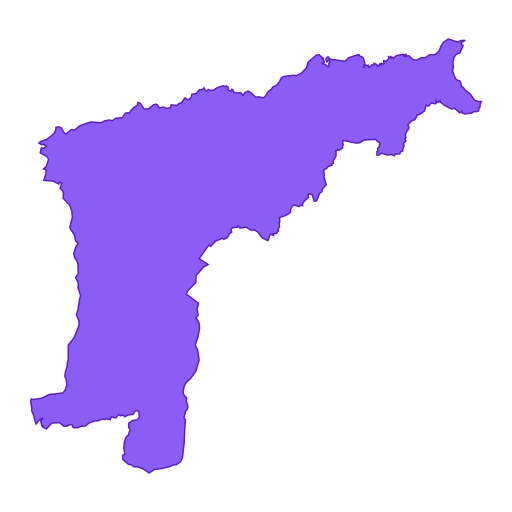 the district of PUI, Hunedoara, Romania
{"feature_id": "2599482B55775977507449", "entity_name": "PUI", "entity_type": "district", "adm_level": 2, "iso_a3": "ROU", "parent_name": "Romania", "parent_adm1": "Hunedoara", "projection": "mercator", "projection_center": [23.151, 45.49], "detail": "fine", "context": "isolated", "style": "filled", "palette": "violet", "viewbox_px": 512, "rotation_deg": 0, "n_neighbors": 0, "source": "geoboundaries", "source_scale": "gbopen_adm2", "svg_char_len": 5866}
<svg xmlns="http://www.w3.org/2000/svg" viewBox="0 0 512 512"><path d="M55.9,127.3L55.9,129.4L54.7,132.4L52.4,135.1L46.7,139.5L40.8,141.3L38.9,143.1L41.7,144.8L43.3,144.2L46.3,146.2L44.0,148.2L41.4,147.9L40.2,152.8L46.9,156.6L48.6,159.4L46.3,166.4L43.5,168.9L45.8,169.5L46.1,170.5L46.0,173.6L43.8,180.4L53.2,181.1L58.8,184.1L59.3,182.2L61.8,183.2L60.0,188.3L62.6,190.7L63.4,193.1L63.2,198.3L69.7,205.2L71.9,211.3L72.3,217.5L69.9,226.6L70.0,228.2L73.8,234.0L75.1,237.3L75.0,239.1L75.7,240.9L78.2,243.2L75.9,246.7L73.7,253.6L74.8,258.1L76.6,260.2L78.0,264.2L78.2,273.9L75.6,277.5L77.9,282.4L78.4,284.2L78.0,287.4L80.6,295.7L79.3,300.5L78.0,309.9L76.4,314.7L78.9,320.8L79.1,324.0L78.2,327.6L74.1,337.7L68.3,345.0L68.2,359.9L67.4,362.0L67.2,366.2L65.3,372.1L64.9,376.6L66.2,379.4L66.9,384.9L65.1,390.2L62.7,393.0L49.3,394.5L41.7,398.2L33.4,399.5L31.3,398.9L30.7,401.6L31.9,408.3L31.6,410.4L33.3,414.3L35.9,424.0L39.5,419.9L42.9,417.9L40.7,421.1L41.8,425.3L42.7,425.6L42.1,426.2L42.8,427.1L46.4,428.9L51.9,423.1L58.0,422.7L59.7,422.8L64.0,426.4L67.0,426.1L70.1,424.4L72.5,425.2L72.9,427.3L73.6,427.7L77.9,427.7L81.0,426.3L85.4,425.9L89.3,422.9L94.9,420.9L97.4,421.0L102.2,419.0L105.6,419.5L106.6,418.7L110.1,419.7L111.3,416.8L115.8,418.0L118.6,414.5L120.7,415.8L123.3,415.1L124.6,416.8L128.1,415.0L133.1,414.3L134.6,411.9L136.2,410.6L138.1,411.0L139.2,412.6L139.0,414.6L139.5,416.6L137.5,419.8L132.6,420.5L128.8,423.2L128.6,427.2L130.3,430.2L129.1,432.1L128.8,434.7L126.4,436.5L124.6,441.2L123.8,447.7L124.8,453.9L122.6,455.4L122.7,458.2L123.0,459.6L128.3,464.2L131.3,464.9L134.7,467.1L137.0,466.7L143.2,468.8L149.1,473.0L154.3,469.5L161.3,468.6L169.2,466.7L174.1,464.7L176.3,464.8L180.5,461.6L182.4,457.9L184.2,442.5L184.8,426.6L185.6,419.8L183.9,417.9L185.8,410.9L187.4,409.0L187.9,406.4L186.2,400.7L186.7,398.1L183.9,395.0L183.1,391.9L184.1,386.6L186.3,382.3L190.1,379.1L195.7,371.4L199.1,360.1L197.7,350.3L195.2,344.9L197.9,337.3L199.6,328.2L199.1,323.4L197.4,319.7L195.8,317.8L198.2,315.3L197.0,308.8L198.4,304.4L198.3,303.1L186.1,294.0L188.4,290.1L195.8,282.4L196.1,275.5L203.5,267.1L208.1,264.5L199.1,258.6L208.8,245.1L210.7,246.4L215.6,241.1L222.6,238.2L223.8,239.3L227.5,237.5L229.2,234.1L231.8,232.0L230.9,229.9L231.4,228.7L232.9,227.7L237.2,227.2L237.9,225.7L239.9,228.1L246.3,227.2L250.7,230.0L254.7,230.1L258.1,232.2L261.8,237.5L267.6,240.6L268.2,240.2L270.3,234.2L273.5,235.3L272.9,233.8L276.3,233.6L278.5,230.9L278.2,229.1L279.5,226.6L279.1,223.0L279.8,221.7L279.5,217.5L285.1,215.7L289.7,213.0L290.5,212.1L290.4,210.0L291.4,207.7L293.0,205.3L295.4,205.3L298.8,206.6L300.4,205.5L302.5,205.6L302.0,204.9L304.3,201.1L308.5,197.3L308.2,195.7L308.8,193.6L312.2,194.8L314.2,201.0L315.5,201.3L316.7,200.5L319.6,193.4L321.7,191.8L322.6,188.5L326.2,184.9L324.0,177.0L324.4,174.1L323.5,171.0L324.9,168.7L326.2,168.9L328.0,166.5L331.9,165.3L331.6,164.1L333.4,163.2L333.4,160.6L336.0,156.0L336.1,152.2L335.4,150.9L337.6,150.2L337.7,149.4L339.3,150.2L342.6,148.0L342.5,146.0L343.3,144.4L342.5,142.7L343.4,140.4L356.6,143.2L359.8,142.7L364.0,140.1L375.7,139.3L377.9,141.8L379.3,142.3L379.7,143.4L379.2,146.7L377.6,148.4L378.0,150.5L376.9,151.7L377.0,155.2L378.8,155.1L381.5,153.2L387.0,155.0L391.8,154.5L394.3,155.8L395.4,154.0L399.8,153.9L400.5,151.8L402.7,151.1L402.9,148.7L404.2,145.6L403.3,143.6L405.9,140.9L404.7,139.2L405.8,137.8L405.5,133.6L409.0,128.1L408.0,124.6L411.7,120.8L415.1,119.6L415.0,118.2L416.5,117.2L416.6,115.2L419.5,114.5L424.4,111.1L426.1,105.5L428.8,106.0L431.2,103.0L435.4,103.8L436.4,102.7L436.1,101.0L438.2,102.4L440.1,100.6L440.3,102.1L444.7,105.5L451.5,108.9L454.8,108.4L459.6,112.7L460.5,112.7L461.5,111.3L462.6,113.1L464.7,114.0L471.7,113.0L474.6,111.3L476.4,111.8L478.2,111.1L478.8,110.3L478.8,108.5L479.9,107.5L480.1,104.5L481.3,101.6L477.5,101.3L474.1,99.8L470.4,94.1L464.8,89.7L463.4,87.5L461.5,86.5L460.8,82.9L459.6,80.8L456.9,80.0L455.1,78.0L452.6,71.1L453.3,66.9L452.9,62.4L454.1,57.1L456.4,54.2L459.8,53.0L463.1,45.6L461.3,44.3L461.6,42.2L465.4,40.4L461.6,40.4L457.5,42.0L448.2,39.0L443.4,42.3L440.7,46.7L439.1,51.0L435.4,54.5L429.7,54.8L425.0,57.8L421.7,57.6L416.1,60.3L412.9,59.4L408.7,55.7L407.0,56.2L405.9,54.2L405.1,54.9L405.7,56.4L403.8,56.0L404.3,54.8L403.2,54.3L396.5,55.6L393.2,58.4L392.7,57.3L391.1,57.8L390.8,55.9L390.3,57.5L388.5,56.8L388.8,57.9L388.3,59.2L385.9,61.3L383.7,60.7L384.0,63.5L383.1,64.0L381.6,63.5L381.3,64.8L380.1,63.5L379.0,65.7L377.8,65.3L377.2,65.9L376.0,64.1L373.9,63.3L373.7,64.8L371.6,65.0L371.4,65.8L368.9,67.2L368.2,65.3L366.6,65.9L366.1,65.1L365.0,65.1L363.6,67.7L364.7,64.1L364.7,62.0L362.9,57.4L359.8,56.0L358.9,54.5L348.4,57.8L345.8,60.6L344.5,61.2L331.3,59.3L329.3,58.7L328.5,57.0L327.1,57.1L326.5,57.6L326.0,59.9L327.0,62.0L328.8,60.1L330.1,61.4L328.7,63.8L329.2,65.7L328.1,66.9L325.5,64.6L322.7,63.6L324.3,62.1L323.6,59.9L322.4,59.0L323.4,58.4L318.9,54.7L316.2,55.2L308.1,62.2L306.5,67.9L301.3,73.2L296.3,75.7L293.1,75.3L283.2,76.6L281.0,78.4L279.5,81.7L276.7,85.1L272.7,87.2L271.4,89.2L268.6,91.2L264.7,97.1L263.3,97.8L258.9,96.8L255.6,97.2L250.3,92.1L247.9,91.2L244.6,92.9L243.1,95.4L240.6,92.6L237.1,93.0L234.2,92.3L233.3,91.6L232.8,89.6L231.7,89.4L231.0,91.1L228.0,90.0L228.2,87.1L226.5,86.0L225.4,86.7L223.1,85.7L216.7,88.0L213.7,90.1L210.7,90.4L208.3,89.5L206.3,91.1L205.1,90.4L203.9,87.8L203.2,89.0L201.3,89.8L199.6,89.6L196.4,93.3L191.7,94.4L191.2,97.6L189.2,99.3L187.6,99.8L185.1,97.8L181.2,102.9L178.6,103.7L176.9,105.4L171.2,104.9L170.2,107.9L166.4,108.4L163.9,107.1L159.2,107.9L157.5,104.8L156.0,104.2L153.7,104.7L148.5,108.8L144.8,109.1L143.9,108.7L140.5,103.5L137.9,102.4L137.2,105.6L134.1,107.3L130.5,110.9L129.6,112.9L125.6,113.0L122.2,117.7L115.8,118.2L112.3,120.8L109.5,120.0L104.8,120.8L100.8,122.8L91.5,121.9L87.4,123.0L79.7,125.8L74.7,130.0L71.3,129.6L66.1,134.0L64.4,133.1L60.9,127.5L58.7,126.9L55.9,127.3Z" fill="#8b5cf6" stroke="#5b21b6" stroke-width="1.5"/></svg>